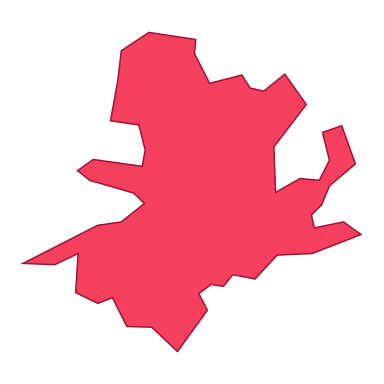 Asaka, Andijon, Uzbekistan (Albers equal-area conic projection)
{"feature_id": "79887680B69641421993469", "entity_name": "Asaka", "entity_type": "district", "adm_level": 2, "iso_a3": "UZB", "parent_name": "Uzbekistan", "parent_adm1": "Andijon", "projection": "albers", "projection_center": [72.224, 40.677], "detail": "fine", "context": "isolated", "style": "filled", "palette": "rose", "viewbox_px": 384, "rotation_deg": 0, "n_neighbors": 0, "source": "geoboundaries", "source_scale": "gbopen_adm2", "svg_char_len": 760}
<svg xmlns="http://www.w3.org/2000/svg" viewBox="0 0 384 384"><path d="M284.8,74.1L263.8,91.1L250.1,88.0L241.9,75.0L209.6,83.3L194.5,53.6L195.7,39.5L148.9,32.4L121.3,50.7L117.8,80.5L110.5,120.8L138.8,125.0L145.2,150.0L142.2,166.3L93.2,159.5L77.5,170.6L89.8,180.4L133.7,193.1L144.4,203.5L121.2,221.9L97.6,225.3L23.0,263.4L54.7,264.7L78.2,253.5L75.6,292.6L97.9,303.4L112.4,297.6L126.9,326.5L151.7,327.2L177.5,351.6L207.4,310.2L198.8,293.6L211.1,284.5L223.4,286.4L232.9,274.7L255.0,279.0L277.2,255.1L312.2,253.5L361.0,234.5L343.4,221.9L314.3,227.9L311.5,215.0L321.6,204.9L329.5,185.9L355.4,163.9L341.7,125.7L322.5,132.4L329.4,160.4L319.3,180.3L300.0,178.5L275.6,192.4L273.9,146.9L306.3,104.5L284.8,74.1Z" fill="#f43f5e" stroke="#9f1239" stroke-width="1.5"/></svg>